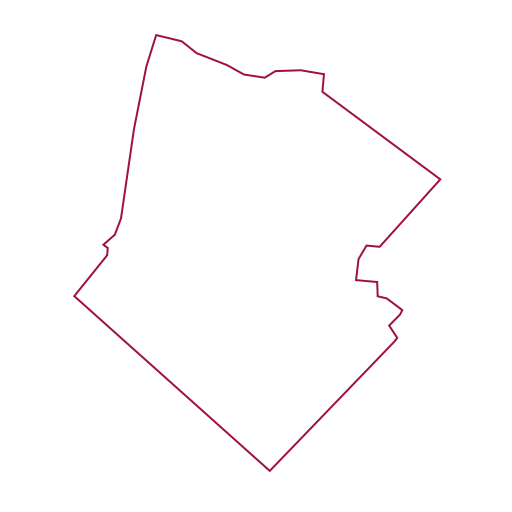 18 de Mayo, Canelones, Uruguay (Equal Earth projection), rotated 94°
{"feature_id": "84410073B56582914281791", "entity_name": "18 de Mayo", "entity_type": "district", "adm_level": 2, "iso_a3": "URY", "parent_name": "Uruguay", "parent_adm1": "Canelones", "projection": "equal_earth", "projection_center": [-56.223, -34.699], "detail": "fine", "context": "isolated", "style": "outline", "palette": "rose", "viewbox_px": 512, "rotation_deg": 94, "n_neighbors": 0, "source": "geoboundaries", "source_scale": "gbopen_adm2", "svg_char_len": 560}
<svg xmlns="http://www.w3.org/2000/svg" viewBox="0 0 512 512"><g transform="rotate(94 256 256)"><path d="M67.6,224.3L70.2,249.5L77.5,259.7L75.8,280.7L67.6,298.2L57.8,329.4L47.0,345.1L42.6,371.0L74.6,378.6L138.2,386.6L227.9,393.3L244.6,398.3L248.4,402.1L255.4,409.0L258.3,404.5L265.6,404.5L308.7,434.5L469.4,227.3L331.5,111.8L327.9,109.4L316.1,118.3L304.3,108.2L299.8,106.3L289.2,122.6L287.7,131.8L273.5,133.3L273.1,154.5L251.9,153.5L237.9,146.5L238.2,133.3L166.7,77.5L87.6,201.2L69.9,200.9L67.6,224.3Z" fill="none" stroke="#9f1239" stroke-width="2"/></g></svg>